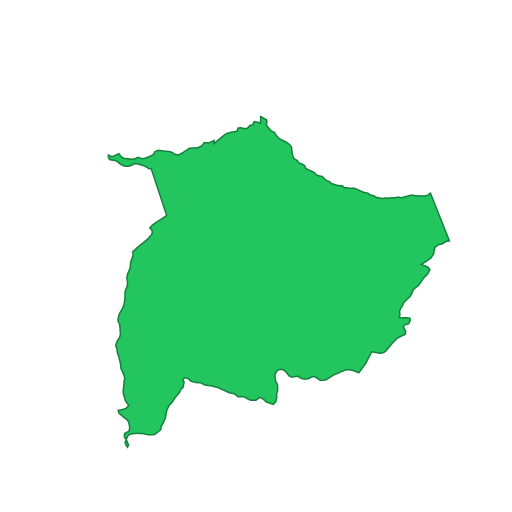 Poranga, Ceará, Brazil (Robinson projection), rotated 250°
{"feature_id": "56859067B70222133799440", "entity_name": "Poranga", "entity_type": "district", "adm_level": 2, "iso_a3": "BRA", "parent_name": "Brazil", "parent_adm1": "Ceará", "projection": "robinson", "projection_center": [-41.066, -4.8], "detail": "fine", "context": "isolated", "style": "filled", "palette": "green", "viewbox_px": 512, "rotation_deg": 250, "n_neighbors": 0, "source": "geoboundaries", "source_scale": "gbopen_adm2", "svg_char_len": 4189}
<svg xmlns="http://www.w3.org/2000/svg" viewBox="0 0 512 512"><g transform="rotate(250 256 256)"><path d="M204.0,442.9L255.4,441.4L254.2,438.1L254.7,435.3L255.8,431.9L257.2,428.6L258.2,426.1L259.5,424.2L260.3,421.6L260.4,418.6L260.8,416.3L260.9,412.7L262.7,409.8L263.4,405.8L264.4,403.1L264.9,400.4L266.2,397.6L266.9,394.0L268.3,391.9L269.7,389.3L272.2,387.5L274.3,384.2L276.6,382.8L279.3,378.6L281.8,376.0L284.2,373.6L286.5,370.8L287.2,367.9L288.9,365.2L290.0,362.1L292.4,361.2L293.4,358.7L294.7,356.4L296.6,353.9L298.4,351.5L300.7,350.6L302.3,348.5L305.0,346.7L308.1,345.4L309.7,342.7L311.5,340.5L314.0,339.6L317.0,337.0L319.6,334.2L321.7,332.6L324.1,332.7L326.7,330.7L328.7,328.1L331.6,327.5L333.9,325.3L336.9,324.7L340.1,325.1L342.6,325.7L346.2,326.6L349.9,325.3L353.0,323.1L355.4,320.8L357.5,318.6L359.6,317.3L362.4,316.3L365.9,315.6L368.4,313.0L371.0,312.0L373.1,311.3L375.8,310.6L378.0,312.0L380.2,312.5L385.4,308.2L379.3,305.5L381.3,303.0L382.9,300.2L380.3,297.7L380.8,295.1L378.9,291.3L380.0,288.1L381.7,285.7L382.4,282.8L379.7,280.9L380.1,278.4L380.8,275.3L381.1,270.8L380.6,267.8L376.0,254.8L378.8,256.1L378.4,250.6L380.3,245.9L378.1,243.2L377.8,240.4L377.7,237.7L379.1,233.6L380.0,230.1L379.1,226.6L378.1,222.5L377.5,217.6L379.2,214.5L381.3,213.2L382.9,211.6L384.4,209.2L385.7,206.0L387.5,202.9L388.8,200.0L388.5,196.6L386.5,194.6L386.1,192.2L385.9,188.4L385.9,184.0L386.9,181.4L389.1,178.8L388.8,174.6L389.8,171.4L391.3,168.7L392.7,165.6L394.4,163.9L396.4,163.0L399.1,162.1L398.5,157.0L398.7,154.5L401.3,151.8L398.9,151.0L396.7,151.4L395.5,153.3L394.1,156.0L392.2,157.9L388.8,159.9L386.2,162.2L384.9,164.2L383.9,166.9L383.7,170.1L384.4,173.4L382.6,176.9L380.9,179.1L379.3,181.3L376.9,183.6L374.7,185.2L373.9,187.4L324.6,185.9L324.0,183.4L323.3,180.8L322.7,177.8L321.7,173.6L320.5,169.1L318.7,165.7L316.5,167.0L313.7,166.7L311.5,164.9L310.5,162.7L309.2,160.8L308.3,158.1L307.0,154.5L305.8,151.0L304.5,147.3L303.3,144.5L302.2,141.7L298.9,140.8L295.7,138.4L294.0,136.7L291.1,135.1L287.8,133.7L285.4,131.4L283.1,129.2L279.9,127.3L276.9,126.7L274.3,126.0L271.2,124.3L267.9,121.2L265.1,119.9L262.1,118.8L258.7,117.2L255.3,115.2L252.0,112.3L249.5,109.0L247.3,107.1L245.1,105.5L242.0,104.0L239.1,104.5L235.4,103.8L232.6,102.9L228.9,101.9L226.0,99.9L224.5,97.6L222.4,95.5L219.9,93.6L216.0,93.5L213.6,92.9L211.2,92.6L208.0,92.7L204.3,92.2L200.4,91.7L196.5,90.6L194.3,90.9L190.3,91.1L185.7,90.9L183.7,89.3L180.4,87.9L177.0,86.2L174.1,84.8L171.7,84.2L169.5,84.1L166.5,84.0L164.2,83.8L161.5,84.6L159.1,85.3L157.3,82.0L157.3,78.8L157.5,76.0L158.1,73.7L154.9,73.5L152.2,75.2L149.1,76.8L146.6,78.8L143.4,79.5L140.8,79.2L138.4,78.8L134.9,77.0L134.1,71.7L130.8,70.3L128.0,71.3L131.4,74.7L131.4,78.2L130.3,83.0L127.6,89.3L124.5,94.3L122.9,99.6L125.3,107.0L128.5,108.8L130.1,110.9L134.5,115.2L141.7,119.5L145.0,122.9L147.6,127.7L150.6,131.6L154.1,137.7L156.5,139.9L157.5,142.5L162.1,145.3L164.6,144.9L166.1,147.2L164.4,150.1L160.6,152.0L157.3,156.8L155.9,160.6L153.6,162.5L151.7,164.8L149.3,169.5L145.2,175.4L136.5,184.3L134.1,188.3L132.3,189.6L129.8,191.0L128.3,195.7L126.9,197.5L124.5,199.3L122.3,201.6L120.5,206.6L121.9,211.3L118.9,214.0L115.3,215.7L113.7,217.8L110.7,221.4L112.2,224.7L116.6,227.4L119.3,228.1L122.4,230.5L127.6,232.1L131.5,231.7L134.8,232.2L137.8,233.1L141.0,236.4L141.3,239.9L139.9,242.5L137.0,244.5L132.0,246.1L130.0,248.1L128.8,254.0L125.3,256.9L123.5,259.9L122.7,263.8L123.4,266.6L122.7,269.8L117.1,273.9L116.2,277.0L115.7,279.6L117.6,287.9L118.1,296.8L118.3,301.9L116.6,305.9L114.7,308.7L111.1,312.6L117.5,322.4L122.6,327.8L126.4,332.1L123.2,337.4L121.9,340.0L121.7,343.4L122.4,345.6L127.6,354.6L130.4,360.5L130.9,363.9L131.4,369.4L134.1,371.0L139.0,370.2L140.5,372.0L140.1,376.3L142.9,379.0L145.0,379.3L146.9,375.4L147.9,372.0L149.0,369.5L151.8,371.3L154.4,371.7L157.8,374.3L159.0,376.5L161.5,378.7L163.6,383.0L165.2,386.9L167.5,389.6L169.5,391.2L171.0,393.2L172.9,398.9L177.8,405.7L180.4,411.1L183.6,414.7L186.8,413.8L191.5,408.4L193.2,415.8L194.1,419.3L197.1,423.5L202.8,426.9L204.3,431.5L203.8,434.0L203.9,436.6L204.8,439.7L204.0,442.9ZM128.0,71.3L125.5,69.2L123.2,69.1L120.3,69.8L121.9,71.6L128.0,71.3Z" fill="#22c55e" stroke="#15803d" stroke-width="1.5"/></g></svg>